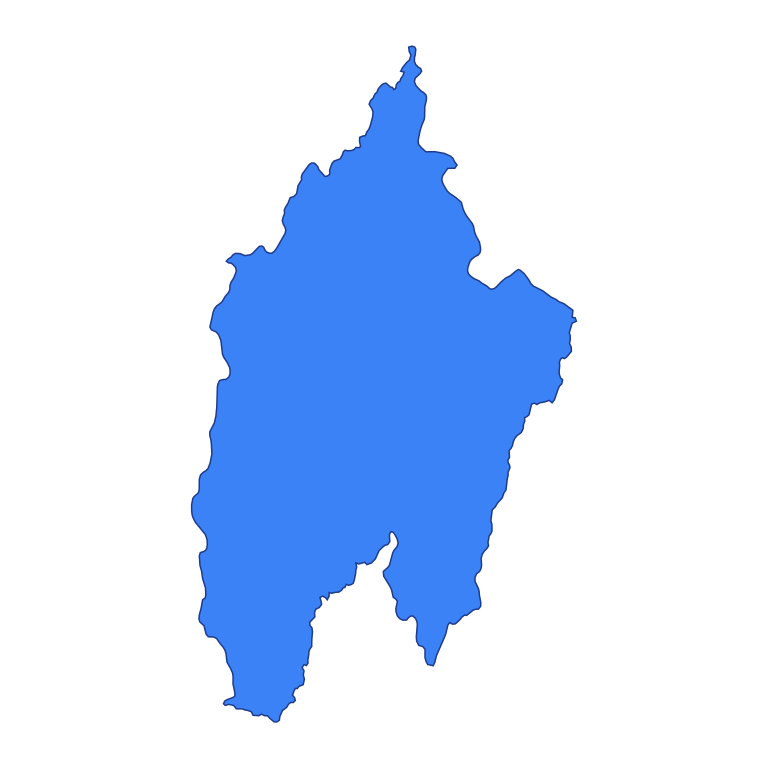 Corinto, Minas Gerais, Brazil (Equal Earth projection)
{"feature_id": "56859067B40902909569794", "entity_name": "Corinto", "entity_type": "district", "adm_level": 2, "iso_a3": "BRA", "parent_name": "Brazil", "parent_adm1": "Minas Gerais", "projection": "equal_earth", "projection_center": [-44.609, -18.312], "detail": "fine", "context": "isolated", "style": "filled", "palette": "blue", "viewbox_px": 768, "rotation_deg": 0, "n_neighbors": 0, "source": "geoboundaries", "source_scale": "gbopen_adm2", "svg_char_len": 6077}
<svg xmlns="http://www.w3.org/2000/svg" viewBox="0 0 768 768"><path d="M457.0,165.0L454.4,161.5L452.9,158.2L450.4,156.1L444.4,153.4L434.9,151.7L425.9,151.8L421.1,147.4L418.6,144.3L418.1,140.6L419.9,131.6L421.4,126.3L424.2,119.5L424.6,116.7L424.8,106.6L426.3,100.5L426.5,97.3L425.8,94.7L423.4,92.4L420.8,90.8L416.0,85.7L414.4,81.7L415.2,78.2L420.1,73.5L421.6,71.1L420.6,68.5L417.9,66.9L415.6,64.4L414.4,61.2L414.5,57.7L415.2,55.0L415.8,49.3L414.7,47.1L412.1,46.1L408.7,47.1L409.2,51.5L411.0,55.2L409.5,60.0L406.4,62.8L402.5,67.7L400.7,71.2L404.1,72.1L402.8,75.9L400.9,78.4L400.0,81.2L397.8,82.5L396.3,84.8L395.7,88.3L393.8,89.6L392.5,87.5L390.4,87.0L386.1,83.2L384.0,83.5L381.8,84.8L379.8,87.0L378.0,89.3L377.0,92.2L374.8,94.1L373.3,97.8L370.6,100.6L369.1,104.2L371.6,108.2L373.0,111.7L372.8,116.1L370.2,126.0L368.9,129.2L366.7,132.1L365.5,135.6L362.9,136.0L359.7,137.3L359.5,141.2L360.6,146.7L358.7,147.7L356.1,147.4L353.9,149.6L351.4,150.5L347.9,150.8L345.0,150.2L343.3,151.8L342.2,155.2L340.1,158.9L333.9,161.1L332.0,163.4L329.6,170.1L329.8,174.1L327.3,176.1L324.9,176.4L318.8,169.6L317.9,166.9L316.4,165.0L314.6,163.2L311.7,163.0L309.3,164.4L302.2,174.1L301.4,177.1L301.6,179.8L298.1,185.5L296.6,193.8L293.8,196.6L290.2,197.6L288.0,203.2L285.3,207.6L284.3,210.1L284.6,213.6L283.4,216.3L282.3,220.6L283.3,224.2L284.8,226.9L285.8,229.8L285.1,233.4L276.2,249.0L273.8,251.8L271.5,253.3L269.2,253.1L266.5,252.0L264.9,249.9L263.7,247.3L261.9,246.0L259.3,246.4L252.5,253.4L250.0,254.9L244.9,255.6L240.0,253.6L235.4,253.4L232.7,255.1L231.0,257.3L228.6,258.7L226.3,261.2L228.8,263.0L231.1,263.1L233.3,264.8L235.7,267.7L236.3,271.4L233.8,277.8L230.8,282.7L229.9,285.8L229.9,289.4L228.6,292.5L225.2,296.4L222.3,301.4L220.7,303.0L216.7,305.9L214.5,308.6L213.2,312.1L209.9,327.1L211.4,329.8L216.4,332.1L218.8,335.1L220.9,340.6L222.5,354.1L223.7,357.2L227.2,362.5L229.6,367.4L230.1,370.4L230.1,373.6L228.9,377.0L226.1,379.3L222.6,379.6L219.6,380.5L217.9,384.0L217.4,386.7L216.8,407.0L215.9,416.2L214.3,423.0L209.8,431.8L209.8,435.5L210.9,439.9L211.4,444.1L211.9,454.0L210.1,463.1L208.1,468.4L205.8,470.8L203.1,472.4L200.5,475.0L199.3,479.2L199.2,490.1L198.1,493.2L194.0,496.6L192.8,498.6L191.6,504.8L191.7,511.1L192.2,515.2L193.5,518.7L195.4,522.3L205.1,534.2L206.2,536.8L207.1,540.0L207.3,544.3L206.9,547.7L206.0,550.0L203.6,551.6L200.3,552.6L199.3,555.9L200.0,565.4L201.7,571.7L202.6,578.5L205.5,587.9L205.8,595.2L205.1,598.1L202.6,599.8L201.1,608.3L199.3,615.0L198.9,618.8L199.9,622.0L204.0,625.7L206.1,634.1L208.3,636.8L213.6,637.0L216.6,638.5L220.3,643.8L223.0,646.9L225.0,650.3L226.0,653.8L227.0,662.2L230.5,668.4L232.5,672.8L233.1,676.5L233.0,683.9L234.9,692.8L234.8,696.2L232.9,697.5L226.9,699.7L224.7,701.1L223.5,703.7L225.2,705.4L228.7,704.4L231.8,705.0L234.0,705.7L236.2,708.8L242.4,708.9L244.7,709.9L248.0,710.5L251.4,711.8L253.0,715.3L259.0,715.7L261.5,714.1L264.4,715.7L267.4,715.7L269.9,718.4L274.0,721.8L277.0,721.9L279.4,720.2L279.8,716.6L282.4,710.6L286.6,707.4L288.6,704.1L290.8,702.4L293.1,702.6L295.3,700.5L294.7,697.8L292.6,695.2L293.8,691.5L295.3,688.5L297.3,688.5L298.7,686.5L303.2,684.7L304.4,679.0L303.3,675.1L304.0,670.9L302.1,667.5L304.1,664.6L306.4,665.5L308.0,663.1L307.8,660.4L308.8,654.2L309.0,651.0L310.1,648.7L311.7,646.5L311.8,639.6L312.5,631.8L311.9,627.7L310.0,625.4L309.7,622.3L314.9,616.9L314.5,612.7L315.8,609.2L319.3,607.5L321.6,604.4L321.1,601.1L319.9,597.6L322.6,596.1L325.7,597.8L327.2,599.8L329.1,596.3L329.2,592.5L332.0,593.3L335.2,592.3L338.8,592.1L341.7,590.1L343.1,587.9L345.0,587.4L346.3,584.3L348.3,585.3L351.0,584.7L353.2,583.3L354.2,580.6L355.7,572.9L355.9,569.7L356.7,567.2L355.9,562.9L358.7,564.0L364.8,562.3L366.9,564.6L371.6,562.9L375.5,558.7L379.1,550.6L383.1,546.7L385.2,545.2L387.7,544.6L389.8,541.6L389.4,534.4L391.0,531.6L393.2,532.3L395.2,535.1L397.2,539.0L398.1,543.0L397.2,546.4L393.8,550.7L392.7,553.0L389.5,565.0L387.9,567.4L383.3,571.4L383.7,576.2L390.0,586.5L391.5,589.6L393.2,597.2L395.6,598.9L397.4,601.3L395.9,608.6L396.0,611.6L397.4,616.0L399.7,618.6L402.8,620.2L406.6,620.0L408.8,617.3L410.7,616.1L412.8,616.0L415.4,618.2L417.0,621.8L417.3,624.7L416.3,637.0L416.7,641.2L418.8,645.4L422.6,646.5L425.0,649.2L425.0,657.5L426.0,661.3L427.7,664.5L433.2,665.7L434.8,662.3L436.4,655.8L444.8,636.4L445.9,633.5L447.8,625.2L449.6,622.6L452.6,624.2L455.4,623.8L459.8,619.8L462.1,616.9L464.7,615.0L466.7,615.4L472.7,610.5L475.2,609.3L478.5,609.1L480.7,606.2L480.8,602.6L479.4,595.1L479.2,591.8L478.4,588.6L475.0,581.3L475.0,577.4L476.7,573.5L478.7,572.2L480.3,570.3L481.2,567.7L481.6,564.8L481.1,558.3L482.4,554.0L484.4,551.0L486.5,549.0L488.5,546.0L488.0,542.3L489.2,535.8L490.9,533.7L492.0,530.9L491.9,524.4L490.9,520.5L492.2,509.9L495.1,507.1L497.4,503.2L502.2,497.9L504.0,492.8L506.0,489.9L507.3,478.5L508.1,475.5L508.0,472.5L510.0,467.6L509.5,464.9L508.1,462.7L507.9,460.1L509.5,457.5L509.1,450.5L510.8,448.7L512.4,445.8L513.3,441.7L514.7,438.5L517.0,435.7L521.3,432.4L523.2,428.7L523.5,424.3L524.7,421.3L524.6,417.7L526.7,416.7L529.0,414.8L531.6,404.2L534.3,403.1L536.9,404.5L539.7,402.8L544.8,401.9L549.3,400.4L552.1,402.8L554.4,399.9L558.1,389.1L559.5,386.1L561.8,383.8L562.6,379.6L560.6,378.0L559.5,374.9L559.1,371.9L559.7,365.7L559.4,362.2L560.5,359.3L562.3,357.7L564.5,358.6L566.5,357.2L571.4,351.3L571.2,347.1L569.5,343.5L570.3,339.3L570.2,335.7L569.3,332.8L572.1,323.2L576.4,321.2L575.2,317.8L572.2,317.4L572.9,310.3L564.1,303.8L558.8,301.6L556.0,299.4L551.1,297.1L542.7,290.8L533.2,286.0L530.8,283.5L529.1,280.3L524.3,273.8L520.4,270.4L518.4,269.5L516.2,270.8L510.4,275.7L505.5,278.2L500.6,282.4L496.5,286.8L494.2,288.6L491.2,289.3L489.0,288.1L487.1,286.2L481.7,283.1L479.1,280.9L474.4,278.8L471.3,276.7L468.6,274.1L467.5,270.6L467.9,267.4L469.9,261.5L471.6,259.3L475.3,256.4L477.8,255.3L479.8,253.1L480.5,250.6L480.5,247.7L479.4,242.0L476.0,235.7L474.6,232.1L473.5,226.4L472.3,223.6L466.8,216.3L464.7,212.7L463.2,209.2L461.3,202.3L455.9,197.6L449.7,193.4L447.3,191.1L443.8,185.4L442.4,182.1L441.8,179.2L442.7,175.6L447.7,168.4L454.9,168.2L457.0,165.0Z" fill="#3b82f6" stroke="#1e3a8a" stroke-width="1.5"/></svg>